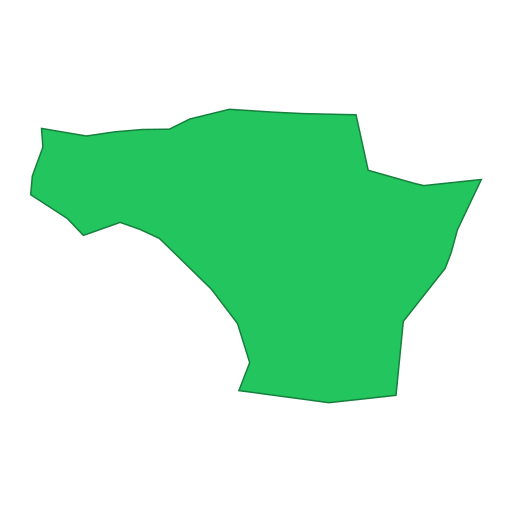 the district of Sant, Övörhangay, Mongolia
{"feature_id": "93677404B89182419744120", "entity_name": "Sant", "entity_type": "district", "adm_level": 2, "iso_a3": "MNG", "parent_name": "Mongolia", "parent_adm1": "Övörhangay", "projection": "robinson", "projection_center": [103.758, 45.985], "detail": "fine", "context": "isolated", "style": "filled", "palette": "green", "viewbox_px": 512, "rotation_deg": 0, "n_neighbors": 0, "source": "geoboundaries", "source_scale": "gbopen_adm2", "svg_char_len": 533}
<svg xmlns="http://www.w3.org/2000/svg" viewBox="0 0 512 512"><path d="M356.0,114.8L303.4,113.6L274.2,112.2L229.4,109.3L189.8,119.0L169.3,129.2L142.5,129.5L115.2,131.8L86.2,136.0L41.5,128.4L42.9,147.1L32.3,176.1L30.7,194.7L67.3,218.5L83.4,235.4L120.1,222.4L140.2,229.5L159.3,238.4L166.9,245.7L211.4,289.2L237.5,323.5L249.7,362.6L238.9,390.6L328.9,402.7L396.0,395.3L403.3,321.4L445.2,268.3L451.2,252.6L457.4,229.8L481.3,179.5L423.8,185.6L414.5,183.4L368.2,170.3L356.0,114.8Z" fill="#22c55e" stroke="#15803d" stroke-width="1.5"/></svg>